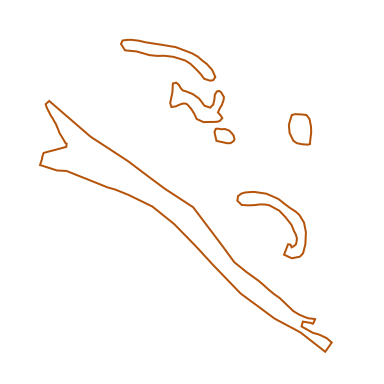 Al-Manasra, Egypt (Natural Earth projection), rotated 186°
{"feature_id": "37247803B61040397145628", "entity_name": "Al-Manasra", "entity_type": "district", "adm_level": 2, "iso_a3": "EGY", "parent_name": "Egypt", "parent_adm1": "", "projection": "natural_earth1", "projection_center": [32.161, 31.286], "detail": "fine", "context": "isolated", "style": "outline", "palette": "amber", "viewbox_px": 384, "rotation_deg": 186, "n_neighbors": 0, "source": "geoboundaries", "source_scale": "gbopen_adm2", "svg_char_len": 2660}
<svg xmlns="http://www.w3.org/2000/svg" viewBox="0 0 384 384"><g transform="rotate(186 192 192)"><path d="M341.4,254.5L337.8,250.1L336.9,248.6L334.6,245.6L331.8,240.5L330.3,237.6L329.6,236.3L328.2,234.6L325.0,230.3L323.0,227.5L321.7,226.9L321.8,223.7L343.6,215.4L343.8,214.9L344.0,213.7L344.7,210.4L344.7,210.1L344.6,209.8L344.6,209.7L344.5,209.4L345.0,207.5L345.9,202.9L328.4,199.3L319.0,199.8L276.6,187.8L268.6,186.4L254.9,182.5L229.9,173.4L206.3,158.2L182.2,138.2L162.8,121.1L133.0,96.1L96.6,74.7L69.3,63.6L42.8,47.0L37.3,56.9L42.7,60.7L50.7,63.5L57.1,64.6L69.0,69.7L68.2,74.7L65.2,74.5L60.2,74.2L58.0,73.6L57.0,75.9L56.3,78.4L59.9,78.6L62.9,78.5L67.3,79.6L72.7,81.3L78.7,84.1L93.7,95.7L99.5,98.9L105.7,103.0L110.6,106.6L116.4,110.6L129.5,118.1L142.6,126.6L156.2,141.6L189.3,177.0L219.4,192.4L237.3,203.0L246.9,208.8L258.7,215.9L298.8,236.5L343.5,267.6L345.5,265.4L346.7,264.0L346.4,263.4L345.9,262.2L345.7,261.5L344.6,259.7L341.5,255.0L341.4,254.7L341.4,254.5ZM93.9,139.3L85.8,136.5L77.9,139.0L75.1,142.7L73.8,152.1L74.5,163.9L77.4,173.3L82.9,180.5L87.1,183.5L92.7,186.3L97.8,189.3L105.2,194.0L110.8,195.9L117.9,198.1L130.3,198.6L135.3,197.8L139.3,197.0L142.7,195.6L145.8,192.7L146.0,188.1L141.2,184.3L134.6,184.6L129.0,185.4L122.8,186.8L117.8,187.2L113.8,186.9L103.3,182.6L96.4,176.7L89.6,169.7L86.5,163.8L84.3,160.6L82.8,156.8L82.8,153.5L83.2,150.8L85.0,148.9L87.1,147.4L88.6,150.0L91.0,150.0L93.9,139.3ZM224.9,324.5L218.9,323.4L212.6,322.1L207.2,319.5L200.1,314.0L195.3,309.8L191.8,305.9L185.6,304.6L182.6,305.4L180.8,308.8L184.7,315.5L190.8,321.0L195.2,323.6L200.3,327.2L206.7,330.0L223.4,334.4L240.8,335.4L253.6,336.0L260.5,336.9L268.7,337.0L272.9,336.4L276.9,335.4L278.1,331.8L273.4,325.9L262.0,326.0L255.3,324.9L248.9,323.7L240.7,323.7L233.9,324.6L224.9,324.5ZM201.5,274.6L197.7,269.7L195.0,265.1L187.8,262.7L180.2,263.7L175.0,264.3L171.8,265.5L169.6,268.6L171.5,271.1L174.5,273.9L172.9,278.7L171.4,281.6L170.2,286.8L170.2,289.8L173.3,294.0L175.3,295.3L177.7,294.7L179.5,291.1L179.4,286.5L180.0,281.3L182.7,277.8L188.6,279.1L194.6,285.6L201.5,289.5L208.3,291.4L211.9,292.1L214.6,294.7L216.2,297.2L219.2,299.1L222.4,297.9L221.9,289.3L223.0,278.2L221.4,274.4L217.2,275.4L213.6,277.5L210.6,278.9L207.8,279.3L205.8,278.6L201.5,274.6ZM97.4,280.2L100.8,279.0L102.7,269.0L101.1,260.8L96.6,253.6L92.8,251.5L87.3,251.0L81.7,251.2L79.7,252.0L79.8,254.5L79.7,263.9L80.5,269.6L82.8,276.9L86.2,280.5L91.0,280.6L97.4,280.2ZM174.9,257.3L175.9,254.0L175.1,251.5L173.0,245.4L162.2,244.2L158.8,244.6L156.0,246.9L155.2,248.8L156.7,252.7L159.1,255.1L161.5,257.0L165.9,258.1L169.1,257.5L172.9,257.7L174.9,257.3Z" fill="none" stroke="#b45309" stroke-width="2"/></g></svg>